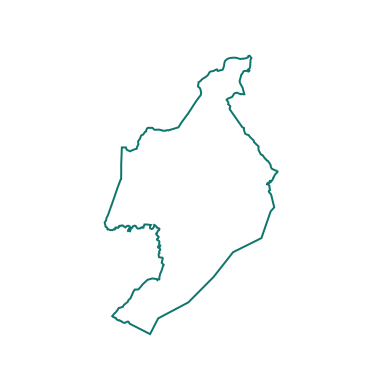 Kwahu South, Eastern, Ghana (Albers equal-area conic projection), rotated 116°
{"feature_id": "2480657B68408124911047", "entity_name": "Kwahu South", "entity_type": "district", "adm_level": 2, "iso_a3": "GHA", "parent_name": "Ghana", "parent_adm1": "Eastern", "projection": "albers", "projection_center": [-0.601, 6.627], "detail": "fine", "context": "isolated", "style": "outline", "palette": "teal", "viewbox_px": 384, "rotation_deg": 116, "n_neighbors": 0, "source": "geoboundaries", "source_scale": "gbopen_adm2", "svg_char_len": 6002}
<svg xmlns="http://www.w3.org/2000/svg" viewBox="0 0 384 384"><g transform="rotate(116 192 192)"><path d="M338.1,167.4L320.4,167.0L292.8,146.9L259.0,135.4L228.1,128.7L203.0,109.4L175.0,112.8L169.7,111.4L159.7,119.7L159.1,120.8L158.6,122.3L157.8,123.3L157.0,123.3L156.2,122.7L155.0,123.5L154.3,124.2L153.5,124.6L153.0,124.7L152.4,125.3L152.1,125.8L152.0,126.7L151.9,127.1L151.8,127.4L152.1,128.0L151.1,128.1L150.7,127.9L150.8,127.3L150.4,126.8L150.0,126.5L149.7,126.5L148.9,126.9L147.9,126.9L147.6,126.6L147.6,126.4L147.7,126.2L148.6,125.7L147.8,125.3L146.8,125.3L145.8,125.0L144.8,125.0L144.1,125.2L143.8,125.2L143.4,124.9L142.6,125.2L142.0,125.0L141.0,125.1L139.5,124.9L136.5,123.9L136.0,124.2L135.9,124.8L136.0,125.1L135.9,125.7L136.0,126.1L136.1,127.3L136.0,128.5L136.1,129.0L136.2,129.9L135.8,130.9L135.7,131.2L135.0,131.9L134.8,132.3L133.7,132.9L133.0,133.5L131.8,135.5L130.9,137.2L130.9,138.4L130.5,138.9L130.4,139.9L129.8,140.6L129.9,141.4L129.5,141.9L128.3,144.0L128.0,144.7L128.1,145.3L127.9,145.8L128.1,146.4L127.8,147.0L125.3,150.3L123.7,151.5L122.5,151.8L121.9,152.1L121.0,154.7L120.9,155.3L120.1,157.5L120.0,158.1L119.2,158.6L118.6,159.4L116.9,164.6L116.2,165.5L116.1,166.0L116.1,167.0L116.4,167.9L116.3,169.6L115.6,170.4L113.3,172.7L111.7,173.2L111.7,175.1L111.5,175.6L101.2,194.2L100.8,194.3L100.5,194.8L100.2,194.9L98.7,195.0L98.3,195.1L97.9,195.7L97.3,198.0L96.9,198.1L96.3,198.1L95.9,198.3L95.0,199.3L94.6,200.1L94.1,201.3L92.8,201.0L91.6,200.0L88.9,197.6L88.1,197.6L87.3,197.3L85.5,197.4L85.2,197.2L84.0,196.4L82.9,194.7L83.0,193.3L82.8,192.4L82.7,190.8L82.1,190.2L81.7,189.1L81.6,188.4L81.2,187.8L76.0,192.4L73.3,196.2L71.6,197.8L64.8,199.1L64.1,198.7L61.1,198.6L60.3,198.0L59.8,197.3L59.3,196.1L58.6,195.7L58.2,195.1L58.1,194.8L58.8,194.7L59.0,194.4L59.0,194.1L58.4,193.7L57.8,193.6L57.6,193.6L57.4,194.0L57.4,195.0L57.2,195.2L56.0,194.6L55.4,194.4L53.2,194.9L52.4,195.3L47.6,197.3L47.1,197.4L45.6,197.3L45.3,198.1L44.5,199.2L44.4,199.7L44.3,200.0L44.8,200.7L45.3,201.0L46.0,200.9L46.4,200.7L48.0,202.0L49.4,203.8L51.4,207.3L51.8,210.3L52.2,211.6L53.1,213.7L54.9,216.5L55.8,217.5L56.6,218.3L56.8,218.5L59.2,219.6L60.5,219.7L62.7,219.2L64.2,218.6L65.3,218.4L68.4,218.0L69.0,218.4L70.7,220.5L71.8,221.7L71.8,222.3L70.9,223.2L71.1,223.7L73.8,225.8L75.6,228.1L76.1,228.5L77.0,228.8L78.1,228.8L79.4,228.9L80.7,229.2L82.5,230.1L86.1,232.3L87.0,232.6L88.1,232.9L88.9,233.2L90.5,234.3L92.2,233.5L93.9,233.2L94.7,232.5L95.1,230.6L96.6,228.9L97.8,228.1L98.6,227.3L101.1,226.6L103.7,227.2L108.6,228.1L123.2,229.9L134.5,232.0L139.8,232.5L145.8,239.0L146.1,239.6L146.9,240.0L147.2,241.2L147.4,241.6L148.6,242.7L148.8,243.1L149.3,244.4L149.8,245.2L149.8,246.6L150.5,249.3L150.9,249.8L151.8,251.7L152.2,252.2L152.4,253.1L152.3,253.9L151.7,255.6L151.8,256.1L152.0,256.5L152.9,257.9L153.1,258.9L153.9,259.9L154.7,260.3L156.3,260.2L157.0,260.2L157.5,259.8L157.9,259.9L158.4,260.5L158.8,260.6L161.8,261.1L162.9,262.1L163.3,262.3L163.9,262.5L166.8,262.1L169.5,262.6L170.0,262.6L171.5,261.9L172.6,261.1L175.8,261.1L177.4,260.7L178.8,262.3L181.3,264.6L182.5,265.3L182.7,268.4L182.5,269.4L180.9,270.9L182.7,274.6L199.4,267.2L204.6,264.6L211.6,261.3L212.0,261.6L220.6,260.8L235.2,259.0L246.8,257.7L249.7,257.4L253.0,257.4L255.5,256.8L257.5,257.2L257.9,257.0L259.7,255.4L260.2,255.2L261.2,254.2L261.2,252.8L261.6,252.3L262.6,251.7L262.7,251.4L262.6,251.2L262.1,250.5L262.1,248.7L261.6,247.8L261.1,246.7L259.7,245.9L259.6,245.6L259.7,245.3L259.3,244.9L258.6,244.8L258.5,244.7L258.3,244.7L258.0,245.2L257.8,245.2L257.8,244.9L257.6,244.8L257.4,244.9L257.1,244.4L257.1,244.1L256.8,243.8L256.8,243.7L256.6,243.1L256.7,242.9L256.5,242.6L256.1,242.5L255.5,242.6L255.3,242.4L254.7,242.6L254.4,242.5L254.5,242.0L253.6,241.4L253.0,240.6L253.1,240.4L252.4,239.6L252.9,237.8L253.0,236.4L252.2,236.0L251.9,236.0L251.3,235.7L250.5,234.9L250.2,234.3L250.2,233.0L250.7,232.4L251.9,232.4L252.3,232.6L253.1,232.6L255.0,232.6L255.2,232.3L254.3,231.3L254.4,230.5L250.8,230.8L250.6,230.7L250.6,230.2L250.4,230.0L248.8,230.1L247.5,229.0L247.2,227.8L248.0,226.6L248.1,226.2L248.6,225.3L248.6,224.6L247.6,222.8L247.1,222.7L246.9,222.4L246.4,222.3L245.7,221.5L245.8,221.5L246.0,221.2L245.7,220.5L245.3,220.0L244.8,220.1L243.6,220.4L243.0,220.4L242.8,220.3L242.1,220.5L241.0,218.4L239.7,214.5L240.4,214.6L241.2,214.6L242.3,214.3L242.9,213.8L243.0,212.7L242.9,211.9L242.3,211.4L241.3,211.1L240.0,211.0L238.2,211.5L238.2,210.2L238.9,208.3L239.4,208.1L239.2,205.4L239.6,205.0L239.8,204.9L240.1,204.9L240.3,205.1L240.9,205.0L241.1,205.4L241.6,205.6L243.8,205.6L244.2,205.4L244.6,205.9L244.8,205.9L245.1,205.7L245.5,205.8L246.0,205.0L246.9,202.3L247.5,202.1L248.1,202.3L248.4,202.2L249.3,202.7L250.2,202.6L250.5,200.3L250.6,199.9L251.0,199.5L253.6,198.6L253.9,198.2L253.9,197.3L254.0,197.0L254.3,196.9L255.2,197.3L255.6,197.8L256.0,198.6L256.5,198.3L256.7,198.0L256.8,197.0L256.7,196.5L257.1,196.4L257.3,195.7L257.9,195.2L259.7,195.5L260.1,195.4L261.3,194.4L262.0,194.8L263.6,194.2L265.0,193.0L264.6,191.3L264.1,190.0L264.2,189.7L264.5,189.1L267.4,188.6L267.7,188.4L268.2,188.4L268.9,188.2L269.1,187.8L269.9,185.5L271.3,185.6L273.9,185.2L276.8,184.8L279.1,184.8L282.5,184.1L284.4,183.2L284.9,183.2L285.4,184.6L286.3,184.5L285.9,186.1L287.1,189.8L288.7,191.6L289.7,192.6L290.1,193.3L293.3,194.6L297.0,196.0L298.8,196.3L300.9,196.9L302.9,197.4L303.7,198.5L304.7,200.6L307.2,201.0L314.1,200.7L314.9,200.8L316.8,201.7L318.7,201.6L320.0,202.1L323.1,203.6L324.1,203.8L325.7,203.9L326.0,204.5L327.0,205.3L327.9,206.4L328.2,206.9L328.4,207.0L331.5,207.3L332.2,207.6L333.7,207.8L335.2,208.5L338.3,209.2L338.2,208.8L338.6,208.4L338.8,208.4L339.0,207.9L338.6,206.6L338.6,206.3L338.9,205.7L338.7,205.1L339.0,204.7L339.1,204.3L339.5,204.1L339.6,203.9L339.5,203.4L339.7,202.2L339.6,201.8L339.1,201.2L339.0,200.9L339.4,200.0L339.4,199.7L339.2,199.2L339.1,198.8L339.4,197.8L339.6,197.2L339.2,195.1L338.7,194.8L336.7,193.1L336.5,192.8L336.5,192.3L336.7,191.6L337.3,191.0L337.7,190.3L338.1,167.4Z" fill="none" stroke="#0f766e" stroke-width="2"/></g></svg>